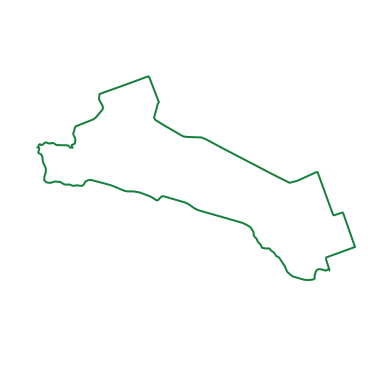 the border of Chardzhou, rotated 160°
{"feature_id": "TKM-359", "entity_name": "Chardzhou", "entity_type": "Province", "adm_level": 1, "iso_a3": "TKM", "parent_name": "Turkmenistan", "parent_adm1": "", "projection": "equal_earth", "projection_center": [63.989, 39.075], "detail": "fine", "context": "isolated", "style": "outline", "palette": "green", "viewbox_px": 384, "rotation_deg": 160, "n_neighbors": 0, "source": "natural_earth", "source_scale": "10m", "svg_char_len": 2954}
<svg xmlns="http://www.w3.org/2000/svg" viewBox="0 0 384 384"><g transform="rotate(160 192 192)"><path d="M307.1,286.0L306.6,285.9L305.7,285.5L304.9,284.7L303.7,283.0L303.0,282.3L293.4,278.6L292.5,277.9L292.2,277.6L291.9,277.0L291.2,275.3L290.8,275.1L290.0,274.9L289.3,274.6L289.2,275.4L289.0,276.9L288.4,277.4L286.7,277.4L285.9,277.5L285.4,277.8L285.0,278.4L284.5,279.3L284.0,280.5L283.6,281.7L283.4,282.9L283.8,285.3L283.8,286.6L283.6,287.7L283.0,288.5L281.8,289.8L279.9,292.7L278.4,293.5L277.8,293.5L259.7,294.0L256.5,295.1L248.8,299.6L247.5,300.5L246.7,302.0L246.6,304.2L247.4,308.5L247.6,310.7L247.0,312.6L245.4,315.7L235.4,315.7L226.7,315.6L214.8,315.6L204.6,315.6L194.4,315.7L193.2,315.3L192.9,313.8L192.4,287.8L194.1,286.3L194.9,285.4L196.6,282.7L202.3,274.8L201.8,272.3L196.1,265.0L181.5,247.5L178.6,245.8L168.9,241.8L164.5,240.1L160.7,236.6L147.3,221.6L112.9,184.0L105.0,175.5L98.6,168.8L97.2,167.3L88.8,166.5L69.3,168.1L67.5,167.9L67.2,167.5L67.2,157.4L67.2,139.6L67.2,123.0L67.1,122.3L66.9,121.8L66.4,121.5L58.1,121.3L57.5,121.1L57.3,120.8L57.2,120.2L57.6,84.7L58.0,84.6L88.2,84.6L88.8,83.5L89.1,82.6L89.4,73.2L89.4,72.2L89.7,71.7L89.8,71.9L89.9,72.4L90.2,72.8L92.6,72.4L93.4,72.5L97.6,75.5L99.3,76.2L100.9,76.1L102.3,75.4L103.5,74.1L104.4,72.4L105.4,71.8L105.8,69.9L106.4,68.7L107.3,68.3L108.9,68.5L112.9,69.5L116.5,71.1L125.8,77.9L126.6,78.8L129.6,83.9L129.9,84.8L130.0,85.9L130.1,89.7L130.3,90.5L130.0,91.0L130.5,92.0L131.7,96.6L132.2,99.1L132.5,100.3L132.9,101.0L134.3,102.5L134.8,103.3L135.6,106.7L136.2,107.8L137.7,109.9L137.9,110.4L138.3,111.7L138.3,111.8L138.5,112.2L139.4,112.9L141.4,113.4L144.9,115.4L145.3,115.9L145.4,118.3L145.6,119.3L146.7,121.5L147.0,122.5L147.2,123.5L147.2,125.0L147.4,126.1L148.6,128.9L148.8,130.1L148.5,131.1L148.2,132.1L148.0,133.3L148.1,134.6L148.8,137.7L149.3,139.1L152.3,143.0L152.7,143.2L155.1,145.7L160.0,149.3L165.7,153.4L172.5,158.4L186.4,168.4L192.2,172.7L194.9,175.3L199.4,181.7L202.0,184.4L206.7,187.9L212.6,192.2L219.4,197.2L220.6,197.9L221.9,198.1L223.0,197.9L226.2,196.2L227.5,196.0L228.5,196.7L229.8,198.4L232.2,201.6L241.1,209.3L246.6,212.5L252.8,214.8L255.7,216.7L261.3,222.0L265.4,225.7L271.1,229.8L275.3,232.7L282.4,237.6L285.2,238.6L288.1,238.4L289.2,237.7L291.3,236.0L292.5,235.5L293.9,235.6L298.2,237.8L301.0,238.2L302.2,238.9L304.9,241.1L307.6,241.9L309.0,242.6L310.3,243.8L312.3,246.4L316.6,248.5L317.9,248.9L321.2,248.9L322.8,249.4L324.4,250.2L325.8,251.2L325.8,251.3L326.4,252.8L326.8,253.9L325.3,257.1L322.9,260.3L321.5,263.1L321.3,265.3L321.7,269.7L321.6,272.0L320.7,275.7L320.6,277.8L321.2,279.4L322.0,280.1L322.7,280.9L322.9,281.8L322.2,282.9L321.4,283.8L320.8,284.8L320.7,285.8L321.8,286.7L321.1,287.1L320.3,287.8L319.7,288.6L319.3,288.9L318.9,289.0L318.3,288.7L317.7,287.7L317.3,287.5L316.2,287.6L313.3,288.6L312.2,288.5L311.3,287.8L310.6,287.1L310.3,286.9L309.9,286.7L309.5,286.6L308.9,286.1L308.5,285.9L307.1,286.0Z" fill="none" stroke="#15803d" stroke-width="2"/></g></svg>